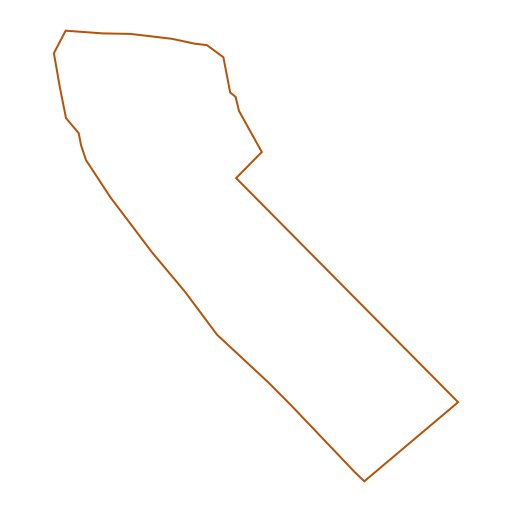 outline of Hauma, Tuvalu
{"feature_id": "33948139B82290381825110", "entity_name": "Hauma", "entity_type": "district", "adm_level": 2, "iso_a3": "TUV", "parent_name": "Tuvalu", "parent_adm1": "", "projection": "orthographic", "projection_center": [176.112, -5.671], "detail": "fine", "context": "isolated", "style": "outline", "palette": "amber", "viewbox_px": 512, "rotation_deg": 0, "n_neighbors": 0, "source": "geoboundaries", "source_scale": "gbopen_adm2", "svg_char_len": 445}
<svg xmlns="http://www.w3.org/2000/svg" viewBox="0 0 512 512"><path d="M236.1,178.1L261.8,152.0L239.0,111.0L235.6,96.9L230.2,92.5L223.4,57.3L206.9,45.1L194.8,43.7L171.9,38.8L130.2,33.9L103.0,33.4L65.6,30.7L53.9,53.2L59.7,86.4L66.0,118.1L78.7,133.2L81.1,145.4L86.0,160.1L110.7,197.7L152.0,252.3L185.1,291.9L217.1,334.8L268.1,382.2L291.4,405.6L354.6,472.0L364.3,481.3L458.1,402.2L236.1,178.1Z" fill="none" stroke="#b45309" stroke-width="2"/></svg>